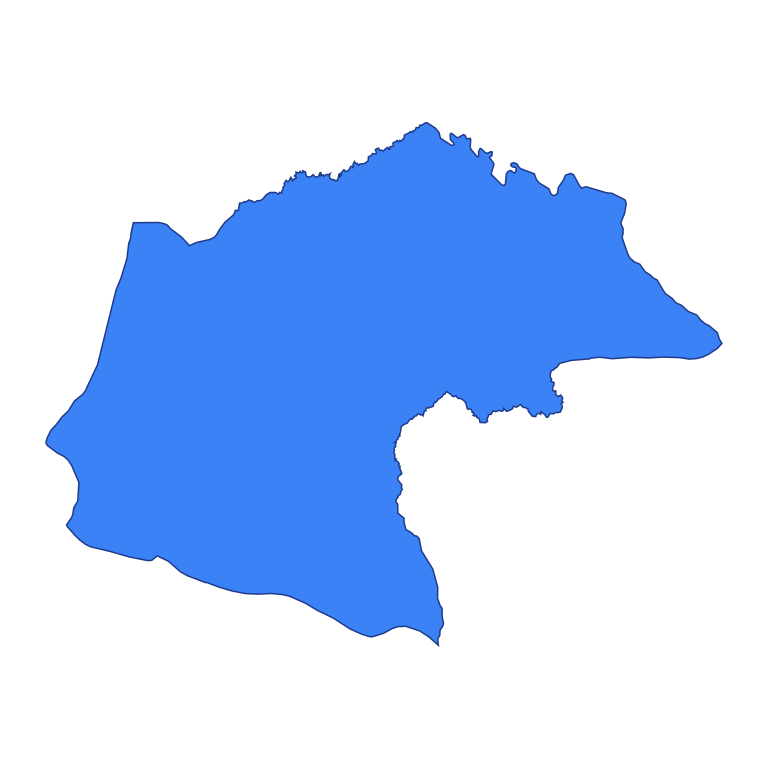 Chhaeb, Preah Vihéar, Cambodia
{"feature_id": "14789045B96642670477146", "entity_name": "Chhaeb", "entity_type": "district", "adm_level": 2, "iso_a3": "KHM", "parent_name": "Cambodia", "parent_adm1": "Preah Vihéar", "projection": "robinson", "projection_center": [105.534, 13.896], "detail": "fine", "context": "isolated", "style": "filled", "palette": "blue", "viewbox_px": 768, "rotation_deg": 0, "n_neighbors": 0, "source": "geoboundaries", "source_scale": "gbopen_adm2", "svg_char_len": 6105}
<svg xmlns="http://www.w3.org/2000/svg" viewBox="0 0 768 768"><path d="M438.4,645.3L437.7,639.0L439.8,635.2L440.0,630.3L442.7,626.3L443.5,623.5L442.1,616.4L442.1,608.4L440.0,605.3L437.5,598.2L437.7,587.3L432.8,569.1L421.5,550.8L419.2,538.8L416.8,536.1L414.2,535.7L412.2,533.3L405.9,529.5L404.0,522.2L404.1,518.3L397.9,513.1L397.7,504.5L396.1,502.0L396.1,499.4L398.1,497.2L398.0,495.9L400.2,494.4L400.9,491.3L402.3,489.2L401.5,487.4L401.8,484.8L397.7,479.7L398.2,476.5L401.5,474.1L401.2,473.3L401.7,473.0L399.8,468.5L400.1,466.4L398.5,465.8L399.2,463.8L397.8,461.5L395.0,460.6L396.3,459.1L394.8,458.5L394.8,454.2L393.6,452.7L394.5,450.6L394.0,448.5L395.8,446.3L395.2,445.5L396.2,442.8L394.5,442.3L396.1,441.5L397.1,439.3L397.9,439.1L398.1,437.6L400.1,435.6L399.3,434.5L400.2,433.1L401.3,426.5L404.3,424.3L407.0,423.4L410.3,418.9L412.0,419.3L415.0,416.1L416.8,415.6L417.3,414.2L418.7,413.8L420.8,415.0L421.9,414.3L423.1,415.8L424.3,411.2L426.0,410.8L425.9,408.8L427.4,407.4L428.0,408.1L433.3,406.3L433.6,403.8L434.8,402.1L435.6,402.5L438.4,399.2L442.1,396.8L443.5,394.4L445.1,394.0L445.9,392.0L446.8,391.8L450.4,394.0L452.7,396.4L454.3,396.6L455.8,395.8L458.2,398.5L460.1,398.4L463.2,400.0L465.7,402.7L467.3,408.6L468.0,409.3L470.7,409.0L471.7,410.2L472.1,412.3L472.6,412.7L473.1,412.2L474.2,414.3L473.1,415.2L474.5,416.1L476.1,415.5L476.9,417.5L479.0,418.3L480.1,422.5L485.5,422.7L487.6,421.3L486.9,418.3L487.9,417.5L488.5,414.8L491.1,414.3L492.8,411.3L493.9,410.9L496.0,411.6L498.9,410.4L502.0,411.3L503.1,410.6L503.6,408.4L506.5,411.2L508.1,411.0L511.7,409.3L512.8,408.2L513.2,406.5L513.9,406.2L515.6,407.1L517.5,406.8L520.2,404.4L523.2,407.4L525.3,407.6L527.9,409.0L528.4,411.3L532.2,416.2L535.7,416.6L536.6,414.2L538.7,413.3L540.8,414.3L541.2,411.7L544.9,414.7L546.4,417.2L547.2,417.3L548.3,416.8L549.8,413.9L550.7,413.5L553.2,413.9L556.3,412.3L558.2,412.7L560.4,411.9L562.0,408.2L562.3,406.0L561.1,403.9L563.1,402.2L561.7,400.9L562.7,398.7L562.4,397.5L560.7,395.1L558.4,396.5L555.5,394.5L556.0,391.3L555.0,390.7L553.9,391.3L552.6,390.5L552.8,386.8L553.9,385.2L554.0,382.6L550.8,381.2L551.7,379.4L550.3,377.1L550.2,374.7L551.2,370.8L553.7,369.8L554.7,368.3L556.7,367.5L559.6,363.4L571.2,360.4L589.6,358.9L590.7,358.2L599.6,357.2L612.2,358.7L631.1,357.3L649.4,357.9L662.1,357.1L679.6,357.6L689.4,359.1L696.1,358.6L702.9,357.0L708.3,354.4L717.3,348.5L721.9,343.4L719.3,339.1L717.3,332.7L709.1,325.7L704.7,323.5L700.9,320.3L696.7,315.0L688.3,311.5L681.5,305.3L676.1,302.9L672.1,298.4L665.1,293.4L657.0,279.8L653.5,278.2L650.9,275.5L645.2,271.8L639.8,264.2L634.3,261.9L629.8,257.9L627.5,253.3L622.1,237.4L623.0,233.7L623.1,228.6L621.2,224.4L621.0,222.1L624.5,213.7L626.1,204.6L625.9,201.7L624.7,199.7L612.2,193.4L606.1,192.7L585.9,186.7L581.6,188.1L579.9,186.3L573.4,174.6L570.5,173.4L565.4,175.3L563.4,180.2L558.3,187.5L557.5,193.6L554.7,195.4L553.0,195.5L551.0,194.0L548.8,188.7L539.4,183.1L538.0,181.6L536.4,179.5L534.3,173.8L521.2,168.9L519.3,167.6L516.9,163.9L513.8,162.7L511.4,163.4L510.8,165.3L512.3,166.9L515.5,167.4L516.2,168.3L515.7,171.9L514.3,173.1L511.4,170.9L509.9,170.5L507.4,172.1L506.2,174.6L505.4,184.2L504.1,185.2L502.0,185.1L491.1,174.2L493.9,164.2L493.1,162.3L489.4,157.5L491.8,155.7L492.3,152.2L491.3,151.5L487.5,153.2L485.6,152.9L480.8,148.4L479.9,148.8L478.6,151.6L478.6,156.3L478.0,157.0L477.2,156.7L470.9,149.3L470.2,146.7L470.7,140.1L470.3,138.4L466.6,138.8L465.2,135.4L463.3,134.7L458.0,137.7L457.1,137.7L452.2,133.8L451.1,133.3L450.2,134.1L450.4,139.5L454.0,143.5L453.8,145.1L451.3,145.3L440.4,138.2L439.1,132.7L435.6,128.3L427.3,122.9L425.7,122.7L421.8,125.2L419.8,125.2L419.2,127.6L416.1,127.6L415.6,129.4L414.6,130.5L413.0,130.9L412.4,132.4L410.1,131.6L409.2,132.8L404.4,135.1L403.9,138.9L402.7,139.2L401.3,141.1L399.5,140.5L398.5,141.9L397.1,140.4L395.3,142.0L393.7,142.4L392.9,143.1L393.3,145.5L392.7,146.3L390.3,146.6L389.6,149.2L388.8,149.3L387.9,147.3L387.2,147.5L383.1,151.0L381.4,150.1L379.8,150.6L378.6,148.2L376.4,148.8L375.3,149.9L376.3,152.1L375.9,153.9L372.3,153.6L371.5,155.4L368.4,156.8L368.2,160.8L366.3,162.3L363.6,163.8L359.7,164.0L358.5,165.4L357.1,163.3L355.6,163.6L354.6,161.5L353.0,164.3L353.4,166.5L352.9,167.5L352.0,166.4L350.9,166.4L348.3,170.7L346.3,171.5L345.0,171.4L344.8,170.1L343.8,169.8L341.3,172.8L341.2,175.4L340.1,176.8L339.7,176.4L340.1,174.4L339.8,173.7L339.1,174.1L337.5,180.8L336.2,180.3L335.3,180.9L333.9,179.6L331.9,179.5L329.8,178.3L329.3,175.9L330.1,173.7L328.8,174.7L327.0,174.3L323.8,176.2L323.4,174.9L320.4,175.8L320.0,175.4L321.2,174.3L320.8,172.6L320.0,172.8L318.4,176.5L315.5,177.2L313.1,174.6L310.4,177.1L306.9,176.6L305.6,174.0L305.6,172.1L303.3,171.0L302.7,170.9L303.0,172.1L301.8,172.8L300.1,171.4L298.6,173.0L295.9,172.1L296.2,174.2L295.7,175.3L294.6,175.3L294.5,176.0L296.5,177.5L295.7,178.5L293.9,179.1L292.8,180.9L290.9,177.3L288.7,181.4L287.9,181.8L286.1,180.3L284.1,183.5L284.6,185.5L283.0,187.3L283.0,189.6L282.0,190.8L281.8,193.0L279.8,192.3L278.3,194.0L275.5,192.5L269.9,192.5L266.1,194.9L262.8,199.0L260.3,200.6L257.2,200.7L254.2,202.5L252.3,201.1L248.7,200.0L246.0,202.0L245.1,201.5L241.5,203.1L239.6,203.1L238.3,210.5L235.3,210.3L234.4,213.5L232.7,215.6L225.3,221.9L220.1,228.7L216.0,235.5L214.4,237.2L209.7,239.5L196.7,242.4L189.5,245.6L181.3,236.9L170.6,228.8L167.5,225.2L164.3,223.7L158.4,222.5L133.4,222.7L131.1,233.0L130.7,237.8L128.7,243.5L127.0,258.4L121.0,278.1L116.1,289.8L97.6,364.6L85.2,391.1L82.8,394.2L74.5,401.0L68.0,411.4L62.3,416.6L56.0,424.9L51.2,430.0L47.5,437.1L46.1,441.5L46.1,443.7L47.8,445.9L57.4,453.0L64.1,456.5L68.2,460.2L71.6,465.4L78.9,482.3L77.8,500.9L73.8,507.7L72.8,514.3L71.5,517.7L66.5,524.9L67.4,526.7L74.8,535.2L80.1,540.3L85.8,544.5L90.3,546.7L110.0,551.4L129.1,556.9L147.7,560.6L151.8,560.3L157.2,555.9L168.5,561.3L180.5,571.9L187.8,575.9L205.5,582.6L206.8,582.5L219.2,587.2L231.8,590.9L245.6,593.6L258.2,594.1L271.4,593.5L282.7,594.6L290.0,596.4L305.5,603.3L317.8,610.6L333.3,618.1L350.1,629.0L362.2,634.4L370.6,636.9L373.3,636.5L383.5,633.3L392.6,628.4L398.0,626.6L405.8,626.3L419.9,631.0L429.0,637.0L438.4,645.3Z" fill="#3b82f6" stroke="#1e3a8a" stroke-width="1.5"/></svg>